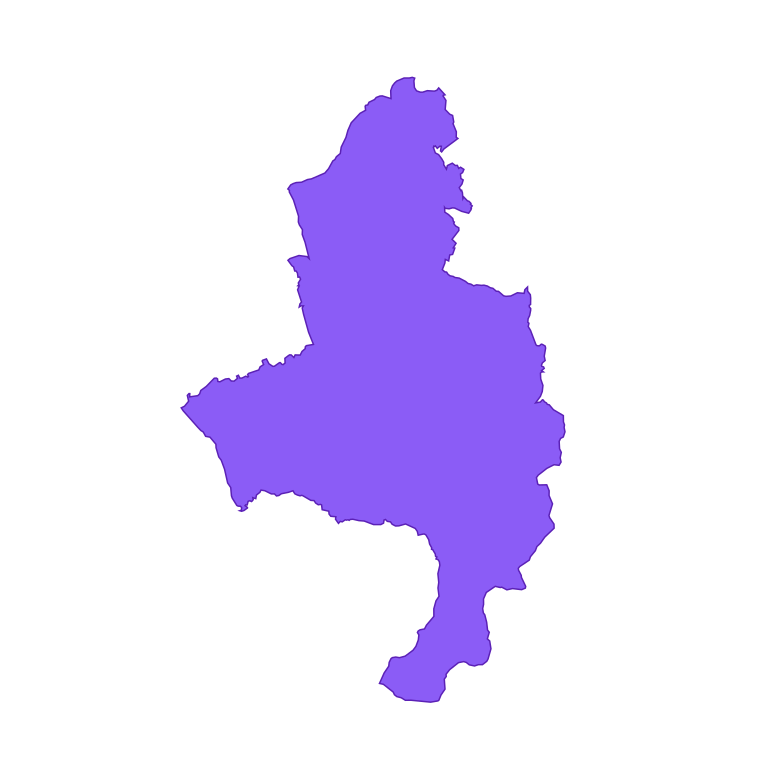 the district of Glodeni, Dâmbovita, Romania, rotated 101°
{"feature_id": "2599482B94470616232964", "entity_name": "Glodeni", "entity_type": "district", "adm_level": 2, "iso_a3": "ROU", "parent_name": "Romania", "parent_adm1": "Dâmbovita", "projection": "orthographic", "projection_center": [25.472, 45.017], "detail": "fine", "context": "isolated", "style": "filled", "palette": "violet", "viewbox_px": 768, "rotation_deg": 101, "n_neighbors": 0, "source": "geoboundaries", "source_scale": "gbopen_adm2", "svg_char_len": 6150}
<svg xmlns="http://www.w3.org/2000/svg" viewBox="0 0 768 768"><g transform="rotate(101 384 384)"><path d="M535.9,501.4L536.1,499.5L534.9,497.3L531.8,494.4L531.2,494.5L530.0,497.2L529.0,496.7L528.8,495.2L525.1,495.0L524.2,493.4L524.7,491.7L524.2,491.2L522.5,490.3L520.6,491.1L521.0,488.0L517.3,488.0L514.1,485.2L511.6,484.5L511.5,480.6L513.4,473.6L512.8,470.5L514.4,468.2L513.5,465.9L511.3,463.8L508.6,457.2L506.2,453.0L508.8,450.6L509.5,448.0L509.8,445.1L509.0,443.6L509.1,442.5L512.2,433.6L511.8,430.4L513.9,428.4L515.1,425.5L514.3,423.2L514.6,422.2L519.2,420.7L519.4,413.9L522.2,413.1L524.0,411.0L523.5,405.9L526.0,405.8L529.5,402.1L527.2,400.7L527.3,398.7L524.7,396.1L524.8,394.9L524.1,393.3L524.5,392.2L523.4,391.3L522.7,388.8L522.9,382.6L522.3,377.3L524.0,367.3L522.6,360.3L520.7,357.9L517.5,358.0L516.7,356.7L518.2,354.6L518.1,351.3L520.1,349.3L521.2,345.6L520.4,342.3L517.3,336.1L519.8,325.8L522.3,323.2L525.9,321.6L523.8,316.8L523.6,315.5L524.2,314.0L528.3,310.4L532.4,308.7L535.6,306.0L537.2,305.8L537.3,304.6L541.0,301.3L543.3,300.5L543.7,299.1L545.8,299.6L546.1,297.5L547.8,295.8L551.2,294.6L559.9,294.9L568.4,292.4L573.9,292.1L581.9,289.5L587.0,291.6L595.2,292.2L602.6,290.7L612.6,296.3L616.7,297.5L618.4,301.7L619.9,303.3L621.5,303.8L623.7,301.9L628.8,301.5L635.4,302.6L639.8,304.7L647.1,311.3L649.7,316.6L649.8,320.4L651.0,323.6L652.2,324.7L656.2,325.8L660.1,325.5L667.6,328.7L678.8,331.3L678.9,327.3L684.7,316.1L687.0,314.5L688.4,311.8L688.7,307.2L690.4,302.7L689.3,297.4L687.4,277.5L684.8,270.6L684.0,269.8L678.4,268.7L671.9,265.9L662.2,268.5L659.3,267.1L657.1,267.7L651.8,265.0L643.3,257.7L641.3,252.8L641.6,250.1L643.4,246.7L643.5,241.3L641.5,237.8L640.7,233.8L636.6,230.2L634.1,229.4L623.5,228.5L616.1,231.2L614.5,233.9L607.6,233.3L605.8,235.4L598.2,237.8L591.4,241.0L589.7,242.8L585.6,244.3L581.3,244.2L576.0,245.3L569.1,243.8L561.4,236.2L561.6,231.1L561.0,229.6L562.6,224.1L560.3,218.8L559.6,209.6L557.4,206.3L555.6,206.3L547.6,212.2L545.6,212.8L541.1,216.4L539.3,217.0L537.3,216.0L529.2,207.8L525.6,207.3L518.7,203.6L514.4,202.9L510.4,200.0L503.7,197.0L493.1,189.5L489.1,190.4L483.6,195.9L481.5,197.0L469.5,195.7L462.0,200.7L457.3,201.5L451.9,205.0L453.5,212.4L452.9,214.0L446.8,216.5L444.0,215.2L435.7,208.0L430.8,201.7L430.4,196.6L426.8,195.3L422.8,197.0L417.3,196.9L414.1,199.3L406.9,201.1L403.7,200.3L401.8,197.9L396.4,197.2L392.3,198.9L389.7,199.0L387.0,200.6L380.8,201.9L376.9,212.8L372.9,217.8L372.8,219.8L371.6,220.9L370.8,223.2L369.4,224.5L369.3,225.5L371.9,227.1L373.6,231.6L366.3,228.1L361.2,227.2L355.1,227.7L349.2,231.1L343.5,232.5L342.2,231.8L341.7,229.9L340.8,231.9L338.1,229.7L336.8,230.6L336.5,232.6L335.6,233.0L333.1,232.6L330.2,230.3L326.1,232.0L317.9,232.2L316.0,233.0L314.9,236.1L314.9,237.2L316.8,238.7L317.1,239.9L317.1,241.4L316.5,242.3L303.4,250.4L300.1,253.4L296.7,253.3L296.0,254.6L292.5,255.0L288.9,254.1L283.7,254.1L281.9,254.4L280.6,256.1L279.1,256.4L278.0,255.3L271.7,256.4L268.4,257.4L265.5,260.7L261.4,261.6L264.5,263.7L268.3,263.8L269.0,270.5L273.4,276.3L274.7,281.1L274.6,283.4L271.2,289.3L271.5,291.5L269.3,295.3L269.2,298.1L268.1,301.2L267.9,304.7L268.6,307.2L269.0,312.0L270.5,314.7L269.4,317.7L269.3,320.7L267.7,323.6L265.7,330.4L265.9,334.8L265.2,336.5L265.2,339.8L264.1,342.1L262.2,343.9L262.3,345.7L260.6,348.6L253.7,347.3L250.0,347.6L250.9,344.0L244.8,344.1L243.7,341.4L237.1,340.4L237.1,342.0L232.1,340.1L229.0,344.8L219.0,339.8L216.4,340.4L215.2,343.9L213.3,346.1L211.6,345.9L211.4,346.8L208.4,348.1L205.3,353.1L203.7,357.1L199.2,358.2L199.9,357.5L199.6,353.5L198.0,350.3L197.8,348.2L199.7,340.7L200.2,333.5L196.5,331.9L195.1,331.7L194.7,332.3L192.3,331.4L191.0,333.5L190.1,333.1L188.4,335.5L188.3,337.0L185.2,341.4L187.0,341.9L181.3,343.5L179.0,344.8L179.6,345.4L176.9,347.6L172.8,345.6L168.6,345.2L167.6,347.7L163.3,349.0L161.5,347.2L158.1,346.5L156.6,350.2L158.1,351.8L155.4,353.7L155.9,355.7L154.2,359.1L157.5,363.5L161.2,363.7L157.4,367.2L154.9,367.7L151.8,370.4L148.4,374.2L147.4,377.7L142.3,380.7L141.0,380.4L141.3,379.8L140.5,379.0L142.5,376.7L139.9,374.5L139.7,373.1L144.4,373.0L145.2,371.7L141.8,370.0L128.9,358.3L128.0,360.2L122.6,361.1L115.3,365.9L113.5,365.5L107.3,367.9L106.6,371.0L102.9,376.3L93.8,377.3L90.0,381.0L89.3,380.9L88.5,379.3L82.9,386.8L85.6,388.2L86.9,390.4L87.8,397.5L90.2,401.8L90.6,404.1L90.0,408.0L87.2,410.7L80.7,412.5L77.9,412.2L77.6,414.8L78.8,417.5L79.8,422.7L84.2,429.3L86.5,431.0L89.7,432.6L94.8,433.4L102.5,431.6L101.5,440.6L102.1,442.9L104.2,446.3L106.6,447.6L110.3,452.5L113.1,453.2L114.0,455.2L115.0,455.5L118.8,454.3L122.8,459.1L133.8,466.0L141.8,467.8L149.2,468.4L159.6,471.2L166.1,470.9L170.0,474.1L173.0,475.0L174.8,476.8L183.2,479.5L188.2,482.3L196.5,494.4L197.9,498.1L201.7,503.5L203.0,508.6L204.6,511.4L206.4,513.6L210.9,515.6L212.0,513.8L213.6,513.6L220.6,508.0L235.6,499.9L241.3,499.0L244.0,497.4L248.1,493.5L252.8,492.8L260.0,488.5L275.2,481.4L273.6,483.9L274.1,492.0L278.8,500.2L280.9,501.9L285.5,496.9L286.3,495.1L290.1,493.2L289.9,491.8L291.5,490.2L295.6,488.8L295.1,487.3L297.0,485.9L301.2,487.4L302.9,486.5L304.0,487.3L304.0,486.0L308.0,486.8L319.3,480.6L321.4,481.8L324.6,481.9L323.1,480.3L322.7,478.0L325.0,478.8L330.8,476.3L347.6,467.9L358.6,460.8L361.2,467.6L362.7,468.4L364.2,468.0L367.7,470.7L371.6,471.8L372.4,476.8L375.2,477.5L373.2,480.6L373.4,482.2L374.3,483.2L377.7,486.2L382.2,485.1L384.2,486.7L384.2,487.9L382.8,489.9L383.0,490.7L387.5,495.0L387.9,496.5L386.1,500.8L381.8,504.2L383.9,507.7L384.7,508.0L387.9,505.9L390.8,508.9L394.1,509.6L399.4,518.9L400.7,519.7L402.4,518.5L403.2,519.0L402.7,521.2L405.3,524.6L405.7,526.6L403.2,528.6L404.4,530.2L406.4,528.9L409.8,531.7L410.2,534.5L408.3,537.3L409.4,540.7L413.2,545.6L413.2,547.6L410.7,548.4L410.2,549.7L410.7,551.7L420.3,558.0L425.3,562.6L428.9,563.1L431.0,564.6L433.7,572.3L430.5,572.8L430.6,573.6L432.7,574.9L438.2,572.5L443.9,575.6L446.1,578.5L448.7,575.9L462.1,558.4L464.6,554.9L465.6,552.3L469.4,549.1L469.4,544.7L475.2,537.5L478.6,536.7L487.1,532.3L489.9,529.2L498.0,524.3L511.0,518.6L514.9,514.7L522.9,512.4L525.1,511.1L531.3,505.3L531.7,503.9L531.4,501.5L532.6,500.1L535.1,500.0L535.9,501.4Z" fill="#8b5cf6" stroke="#5b21b6" stroke-width="1.5"/></g></svg>